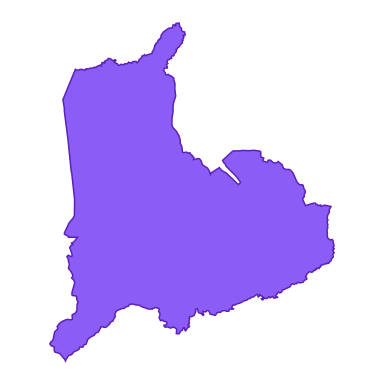 the district of Mulanje, Mulanje, Malawi
{"feature_id": "42251766B75579143939980", "entity_name": "Mulanje", "entity_type": "district", "adm_level": 2, "iso_a3": "MWI", "parent_name": "Malawi", "parent_adm1": "Mulanje", "projection": "mercator", "projection_center": [35.53, -15.905], "detail": "fine", "context": "isolated", "style": "filled", "palette": "violet", "viewbox_px": 384, "rotation_deg": 0, "n_neighbors": 0, "source": "geoboundaries", "source_scale": "gbopen_adm2", "svg_char_len": 5909}
<svg xmlns="http://www.w3.org/2000/svg" viewBox="0 0 384 384"><path d="M68.5,237.3L77.5,237.3L73.9,241.9L71.5,243.1L72.8,244.6L70.9,245.5L69.7,247.6L71.8,253.5L72.1,255.0L71.7,256.4L70.7,256.5L68.5,255.2L66.9,256.5L68.3,259.2L68.5,261.7L69.4,264.0L68.4,268.4L70.3,270.5L72.6,274.5L72.9,275.8L71.6,278.0L73.8,280.0L74.7,282.7L72.1,292.0L71.9,294.7L72.5,295.5L76.0,296.0L76.7,297.1L76.8,299.7L78.0,301.9L77.1,304.3L76.9,310.3L75.6,312.9L72.1,314.9L72.3,319.4L70.9,319.9L68.0,319.4L66.0,319.7L61.7,321.7L59.3,323.5L57.2,326.4L57.8,328.9L54.6,331.9L53.0,340.1L50.7,342.1L49.9,343.9L50.9,345.6L54.3,347.0L54.2,350.6L54.8,352.0L59.9,353.6L64.8,359.6L65.5,361.0L66.3,358.9L68.7,355.5L71.6,354.6L73.8,351.9L78.0,350.0L79.2,348.9L79.9,347.0L82.9,347.1L84.0,344.8L86.1,344.1L87.8,339.4L90.6,337.0L94.3,335.2L95.6,333.1L98.4,332.0L101.0,327.0L102.0,326.7L104.4,327.4L105.9,327.3L109.7,324.0L110.6,322.3L113.2,320.8L114.0,318.4L115.3,316.8L114.9,313.5L116.8,310.8L121.4,308.7L124.5,308.3L125.3,307.0L128.3,306.4L129.6,304.2L133.1,304.1L136.0,305.0L139.5,305.0L141.0,306.4L148.3,309.0L152.4,309.1L153.1,308.3L155.7,307.6L158.7,308.4L159.3,309.1L158.5,311.6L159.8,313.1L160.0,314.6L159.1,317.9L160.5,320.6L162.2,320.1L163.4,321.1L166.3,321.9L166.9,322.7L166.7,324.6L163.9,325.3L164.2,326.3L165.3,327.2L167.8,326.9L170.1,328.0L171.1,328.0L172.8,327.1L175.2,327.9L176.7,329.3L176.3,333.6L178.7,333.9L179.5,333.3L180.7,331.1L182.4,330.2L183.4,327.8L184.3,327.8L184.9,330.2L185.6,330.8L187.6,327.8L189.3,326.8L189.5,326.3L188.0,324.9L189.4,323.6L188.9,321.2L189.6,319.2L189.3,317.2L189.6,316.8L192.1,316.5L194.1,315.4L195.9,311.2L195.4,309.8L196.5,308.7L197.4,308.8L198.5,312.6L201.3,313.6L203.1,315.4L203.6,315.2L203.7,314.2L202.7,312.4L202.9,311.5L205.9,311.9L206.9,310.8L208.0,310.5L208.9,310.9L210.2,314.2L215.1,315.3L215.6,315.2L216.7,313.0L218.6,312.3L220.6,312.3L222.1,310.9L225.1,310.5L226.4,311.3L228.7,311.2L229.8,309.0L233.0,309.2L233.5,308.9L233.2,308.4L231.8,308.0L231.7,307.5L232.6,305.2L235.2,305.0L236.3,304.1L239.7,303.2L244.3,300.8L247.3,299.9L248.4,298.7L250.3,298.5L251.3,297.3L253.3,297.0L257.0,294.3L257.5,294.5L258.2,296.9L259.5,296.1L259.7,294.6L263.0,296.9L263.2,297.4L261.3,298.8L262.2,299.8L263.2,299.6L264.0,297.8L265.3,298.6L267.3,298.3L268.7,296.7L269.2,296.7L270.0,297.9L272.6,296.4L273.7,298.1L277.2,297.5L277.6,297.3L277.3,296.9L275.9,296.5L275.4,295.7L276.9,294.4L277.4,292.7L278.6,292.3L279.4,292.9L281.3,292.4L282.4,290.2L290.0,286.8L291.7,283.8L294.4,284.3L295.6,283.4L296.8,283.7L297.2,282.7L298.1,282.4L299.5,282.9L303.0,282.3L304.5,280.2L306.6,279.3L306.9,278.3L305.7,277.4L305.5,276.4L306.4,275.9L306.8,274.1L309.3,271.7L311.6,272.2L313.0,271.8L313.7,270.5L315.1,270.4L315.2,269.4L316.7,269.3L316.7,268.3L318.3,268.0L319.2,268.4L319.5,267.5L320.7,266.8L320.6,265.4L324.1,264.4L324.9,263.8L326.4,263.9L327.4,262.9L328.1,263.4L329.3,262.7L329.8,261.3L331.1,260.8L331.4,258.8L333.1,257.3L333.3,256.3L332.8,255.0L333.6,252.8L334.1,252.7L332.7,250.2L333.9,249.4L334.1,248.5L333.0,247.8L334.0,246.2L333.0,240.4L332.0,239.4L330.7,240.0L329.0,239.2L327.4,237.6L327.5,236.1L327.0,235.3L327.4,233.8L327.0,229.7L327.8,227.8L327.5,225.2L327.9,224.3L327.2,222.9L327.2,221.2L328.0,220.2L327.0,217.9L328.0,214.5L329.3,212.4L329.2,209.9L331.0,206.5L324.3,205.1L322.0,206.3L320.6,206.1L320.7,205.0L318.2,205.6L317.3,204.5L316.4,204.5L315.3,203.1L312.6,203.4L305.5,205.6L302.8,199.6L303.0,198.2L304.3,196.6L304.2,194.5L305.4,192.3L305.2,190.8L303.7,188.1L303.3,185.6L302.5,184.8L299.8,184.7L298.1,183.4L296.8,181.6L293.0,172.9L290.7,170.3L289.3,169.4L286.1,169.4L283.6,168.5L282.1,164.7L278.1,161.5L276.5,162.8L275.0,163.1L273.0,162.5L270.5,160.1L268.1,160.2L267.6,162.0L267.1,162.3L263.5,161.2L262.7,160.5L263.8,158.1L260.9,157.0L260.7,151.7L259.4,151.0L253.7,150.3L249.5,150.7L241.6,150.4L240.8,150.9L233.4,150.9L231.9,151.8L222.6,160.4L224.0,163.0L225.2,164.0L226.2,166.4L235.6,175.7L240.3,181.9L240.3,182.8L238.4,184.6L226.2,173.0L221.5,170.3L219.3,167.6L211.0,173.1L210.4,174.4L209.8,172.1L207.6,168.1L202.5,164.9L201.2,161.1L199.8,159.0L198.5,158.5L193.5,159.6L193.9,157.4L192.2,156.4L192.5,155.7L190.2,153.7L189.9,152.8L188.1,153.0L186.3,152.1L183.9,152.6L182.5,152.3L181.9,146.7L180.3,143.1L180.1,139.5L179.1,136.0L176.6,131.6L172.8,127.4L171.9,125.0L172.0,118.4L173.1,111.3L173.0,106.3L173.6,102.8L175.7,96.1L174.8,88.6L175.0,83.6L173.6,79.4L173.9,78.4L171.4,76.1L169.0,75.2L168.4,74.4L166.5,74.8L165.6,74.5L165.4,73.0L163.7,70.8L164.4,68.1L167.3,68.0L167.3,66.5L166.6,65.8L166.4,64.8L167.9,63.6L166.8,62.1L167.9,59.8L169.3,59.5L169.9,58.7L171.6,58.5L171.4,56.6L172.5,55.7L173.5,55.9L174.1,55.1L174.0,54.1L175.8,52.3L176.4,51.0L176.2,49.5L177.1,49.2L177.6,47.7L178.9,47.1L181.1,43.9L182.4,43.0L182.1,41.1L183.0,40.6L182.5,39.2L183.4,38.8L183.8,36.9L183.0,35.6L183.4,35.3L184.8,35.5L185.2,34.6L184.5,31.9L182.8,31.6L181.6,30.5L181.4,28.2L179.8,26.5L179.1,23.0L176.1,23.4L175.6,24.2L175.8,25.6L175.4,25.8L174.2,24.9L173.2,24.8L172.3,27.7L168.4,28.4L163.5,31.9L161.1,35.3L160.8,38.3L159.5,38.8L159.4,39.7L158.1,40.2L157.5,42.2L155.9,43.4L155.3,45.3L154.8,45.3L154.0,49.2L152.2,52.0L152.1,53.5L147.0,54.9L145.8,55.8L144.4,54.6L143.5,55.7L142.0,56.0L141.4,57.9L139.2,59.5L138.6,61.4L137.2,62.8L136.1,61.4L132.6,61.6L131.7,63.2L130.8,62.7L129.9,63.0L128.7,62.1L127.2,63.8L124.8,63.7L123.8,64.7L120.9,64.3L119.4,65.3L117.9,65.1L117.5,63.8L114.3,62.4L114.3,61.9L115.9,60.6L115.4,59.8L114.4,59.9L113.5,61.0L110.5,58.8L108.6,58.4L107.8,59.0L107.6,60.0L106.1,60.3L104.5,61.4L105.1,62.1L104.7,63.0L102.7,62.6L101.8,62.9L102.1,63.9L101.0,64.9L101.2,65.9L100.0,65.2L97.2,66.3L95.8,67.6L94.9,67.1L92.1,68.2L90.1,68.1L87.8,69.3L87.0,68.7L86.0,68.8L84.9,70.4L83.4,69.6L80.0,69.4L77.2,70.4L75.4,69.3L62.9,99.7L64.3,107.8L64.4,111.7L68.1,140.7L71.2,171.5L71.7,172.8L74.6,199.6L74.4,215.4L73.0,218.3L69.1,222.9L64.5,232.7L64.4,234.2L68.1,236.2L68.5,237.3Z" fill="#8b5cf6" stroke="#5b21b6" stroke-width="1.5"/></svg>